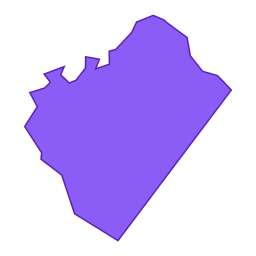 Lee, North Carolina, United States of America
{"feature_id": "52423323B85363344539389", "entity_name": "Lee", "entity_type": "district", "adm_level": 2, "iso_a3": "USA", "parent_name": "United States of America", "parent_adm1": "North Carolina", "projection": "equal_earth", "projection_center": [-79.189, 35.468], "detail": "fine", "context": "isolated", "style": "filled", "palette": "violet", "viewbox_px": 256, "rotation_deg": 0, "n_neighbors": 0, "source": "geoboundaries", "source_scale": "gbopen_adm2", "svg_char_len": 561}
<svg xmlns="http://www.w3.org/2000/svg" viewBox="0 0 256 256"><path d="M29.8,92.6L37.3,106.7L24.7,126.5L41.6,152.7L41.6,152.8L41.0,159.2L61.8,175.1L74.6,213.8L118.0,240.6L174.7,165.2L231.1,90.3L231.2,90.2L231.3,90.0L217.6,75.7L202.5,71.3L190.3,55.8L187.1,37.5L165.7,21.8L165.4,21.4L165.3,21.2L165.0,20.8L164.4,20.2L153.2,15.4L136.6,22.0L131.8,32.3L115.7,49.5L109.2,51.2L109.4,64.2L95.7,68.9L99.4,59.2L85.7,56.8L85.4,68.1L76.1,80.2L69.3,83.0L60.7,74.8L64.2,66.6L44.1,74.1L50.4,82.3L44.7,88.0L29.8,92.6Z" fill="#8b5cf6" stroke="#5b21b6" stroke-width="1.5"/></svg>